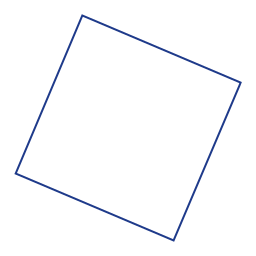 Moore, Texas, United States of America (Natural Earth projection), rotated 203°
{"feature_id": "52423323B17136176847480", "entity_name": "Moore", "entity_type": "district", "adm_level": 2, "iso_a3": "USA", "parent_name": "United States of America", "parent_adm1": "Texas", "projection": "natural_earth1", "projection_center": [-101.931, 35.838], "detail": "fine", "context": "isolated", "style": "outline", "palette": "blue", "viewbox_px": 256, "rotation_deg": 203, "n_neighbors": 0, "source": "geoboundaries", "source_scale": "gbopen_adm2", "svg_char_len": 244}
<svg xmlns="http://www.w3.org/2000/svg" viewBox="0 0 256 256"><g transform="rotate(203 128 128)"><path d="M42.1,213.8L214.0,213.7L214.0,212.2L213.6,42.2L42.1,42.3L42.0,210.8L42.1,213.8Z" fill="none" stroke="#1e3a8a" stroke-width="2"/></g></svg>